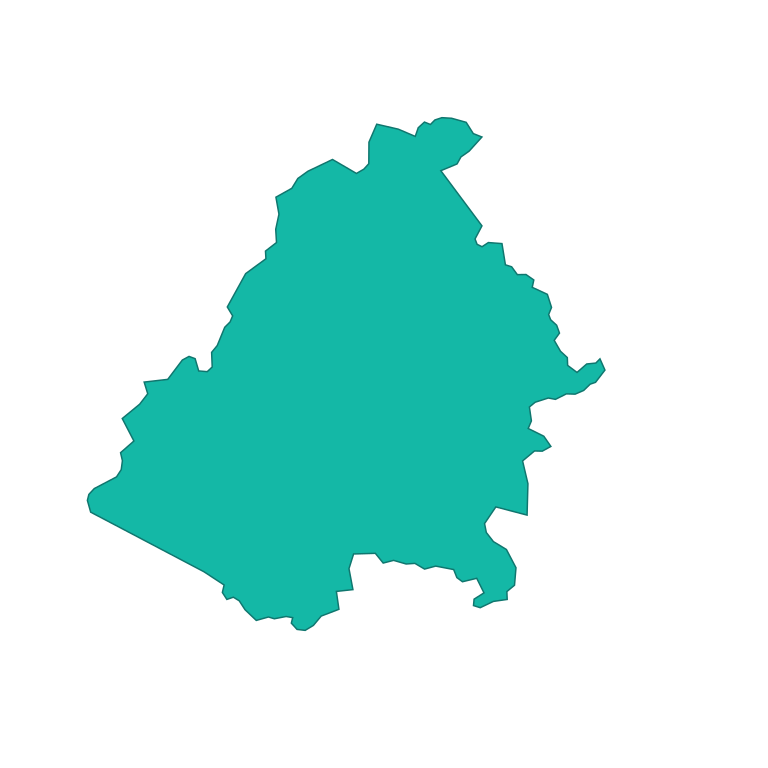 the district of Socorro, São Paulo, Brazil, rotated 29°
{"feature_id": "56859067B26049884492789", "entity_name": "Socorro", "entity_type": "district", "adm_level": 2, "iso_a3": "BRA", "parent_name": "Brazil", "parent_adm1": "São Paulo", "projection": "robinson", "projection_center": [-46.516, -22.599], "detail": "medium", "context": "isolated", "style": "filled", "palette": "teal", "viewbox_px": 768, "rotation_deg": 29, "n_neighbors": 0, "source": "geoboundaries", "source_scale": "gbopen_adm2", "svg_char_len": 1970}
<svg xmlns="http://www.w3.org/2000/svg" viewBox="0 0 768 768"><g transform="rotate(29 384 384)"><path d="M483.4,226.4L466.8,227.6L464.6,220.4L455.1,219.4L447.6,223.7L438.8,219.6L432.4,220.9L419.1,204.0L406.7,209.7L403.2,216.4L397.7,216.7L393.3,213.0L393.0,198.2L330.3,169.9L341.2,156.1L341.2,148.1L345.6,139.0L349.9,120.5L340.7,121.7L329.0,115.3L314.3,118.8L305.5,123.0L300.5,128.4L298.8,134.5L292.4,135.3L289.7,143.2L291.3,152.3L272.9,154.2L251.7,160.3L253.6,179.8L263.9,198.7L262.2,205.9L257.8,213.2L230.1,212.6L214.3,234.8L209.0,246.0L208.5,257.5L198.9,273.0L209.8,286.4L214.3,301.2L221.4,312.4L215.9,325.2L220.0,331.7L209.5,354.5L209.6,392.6L218.6,397.8L219.3,404.3L217.2,411.6L219.5,431.2L217.9,439.9L225.5,452.4L223.4,458.9L215.6,462.4L206.5,453.4L200.1,454.4L196.0,460.8L192.6,484.8L173.3,498.6L182.1,507.1L180.1,520.1L171.8,541.1L192.9,555.1L186.9,571.8L192.4,577.9L195.7,586.3L195.1,594.9L181.3,615.9L179.4,623.6L181.0,629.6L189.6,638.3L317.4,635.5L341.6,637.3L343.7,644.7L351.0,648.6L355.6,643.5L362.5,643.8L371.9,648.8L386.9,652.7L395.9,643.8L401.9,642.5L411.1,634.8L417.4,632.6L418.9,638.1L426.9,640.8L434.5,637.7L439.3,629.3L441.6,617.4L453.8,602.9L442.9,588.5L456.5,578.9L442.9,562.5L439.8,547.4L458.5,536.3L470.1,541.0L477.9,533.6L490.6,530.7L498.0,525.9L509.2,526.2L517.5,518.2L534.9,512.5L541.6,518.0L548.5,518.9L559.3,509.0L572.7,518.2L567.1,528.5L569.7,534.4L576.6,533.0L585.1,521.1L596.2,512.7L592.1,506.0L595.7,496.7L588.5,480.7L571.3,469.4L556.1,468.8L545.5,464.3L539.6,457.3L541.4,437.3L572.7,429.3L558.2,401.4L542.5,384.1L548.1,369.6L555.0,366.0L560.2,357.7L549.1,352.2L531.7,353.0L530.8,344.8L522.3,333.6L525.1,326.6L534.5,316.6L541.4,314.3L548.3,304.2L556.1,300.2L561.8,292.8L564.4,284.2L568.2,280.0L570.5,264.7L560.7,257.3L559.1,263.0L551.6,268.2L547.2,280.3L535.6,278.7L531.5,272.0L522.5,269.8L511.7,263.3L512.8,254.4L506.5,248.9L498.6,247.0L494.3,243.4L493.4,235.8L483.4,226.4Z" fill="#14b8a6" stroke="#0f766e" stroke-width="1.5"/></g></svg>